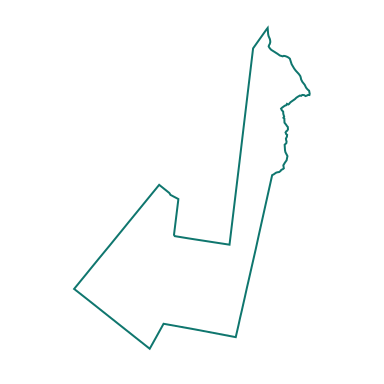 outline of Ouro Preto do Oeste, Rondônia, Brazil, rotated 351°
{"feature_id": "56859067B7033309117627", "entity_name": "Ouro Preto do Oeste", "entity_type": "district", "adm_level": 2, "iso_a3": "BRA", "parent_name": "Brazil", "parent_adm1": "Rondônia", "projection": "orthographic", "projection_center": [-62.001, -10.509], "detail": "fine", "context": "isolated", "style": "outline", "palette": "teal", "viewbox_px": 384, "rotation_deg": 351, "n_neighbors": 0, "source": "geoboundaries", "source_scale": "gbopen_adm2", "svg_char_len": 1739}
<svg xmlns="http://www.w3.org/2000/svg" viewBox="0 0 384 384"><g transform="rotate(351 192 192)"><path d="M60.4,269.3L69.7,279.3L125.7,340.2L133.8,329.9L143.3,317.7L173.5,328.2L212.5,342.2L217.1,330.8L219.9,323.6L222.6,317.0L228.1,303.2L231.2,295.3L233.6,289.4L238.4,277.4L246.1,258.2L251.2,245.1L273.8,187.9L275.4,187.4L278.0,186.1L279.3,185.9L281.2,185.9L282.7,185.1L283.7,184.1L285.2,183.7L286.4,183.0L286.4,179.9L288.4,177.5L290.4,175.5L291.1,173.6L291.9,171.5L290.5,167.3L290.4,165.2L290.9,159.8L292.8,158.5L293.3,156.9L293.1,155.5L293.1,154.0L294.4,152.2L294.9,150.4L294.1,149.6L293.7,147.8L294.6,146.8L295.7,146.3L296.6,145.1L296.8,142.7L296.0,141.5L295.5,140.3L294.2,138.0L294.5,135.4L294.7,133.9L293.9,133.0L294.8,132.0L294.4,129.2L294.6,126.8L293.5,125.3L293.0,123.6L294.3,122.7L297.1,121.3L298.7,121.0L299.6,119.8L300.7,120.6L301.7,120.2L302.6,119.3L303.6,118.6L308.3,116.3L309.8,115.2L311.8,114.3L313.7,113.6L314.8,114.1L316.1,113.4L317.8,113.8L319.2,115.0L320.6,114.7L321.8,114.3L323.1,114.6L323.6,113.4L323.5,110.3L322.2,108.8L321.0,106.8L320.1,103.8L318.2,100.4L317.4,97.9L317.3,95.9L317.1,94.5L316.1,92.4L313.4,88.3L312.2,86.0L310.4,81.4L309.5,75.6L308.2,74.2L306.7,73.1L305.4,72.4L304.0,71.9L302.8,72.2L300.1,70.9L298.2,69.0L292.5,64.0L291.3,62.2L290.5,60.3L290.9,59.3L292.0,57.9L292.8,56.1L292.9,54.4L292.8,53.0L292.0,49.9L291.9,47.9L292.4,41.8L291.1,43.0L274.8,59.7L252.7,137.6L243.8,169.1L220.8,249.9L207.0,245.5L194.2,241.4L187.6,239.3L180.8,237.1L168.1,232.9L167.5,231.5L177.1,198.1L177.4,196.8L170.3,191.5L169.5,189.5L160.7,179.8L147.8,191.3L134.8,202.9L124.8,211.8L119.6,216.5L113.0,222.4L102.5,231.8L89.7,243.1L79.5,252.2L74.3,256.9L69.9,260.8L60.4,269.3Z" fill="none" stroke="#0f766e" stroke-width="2"/></g></svg>